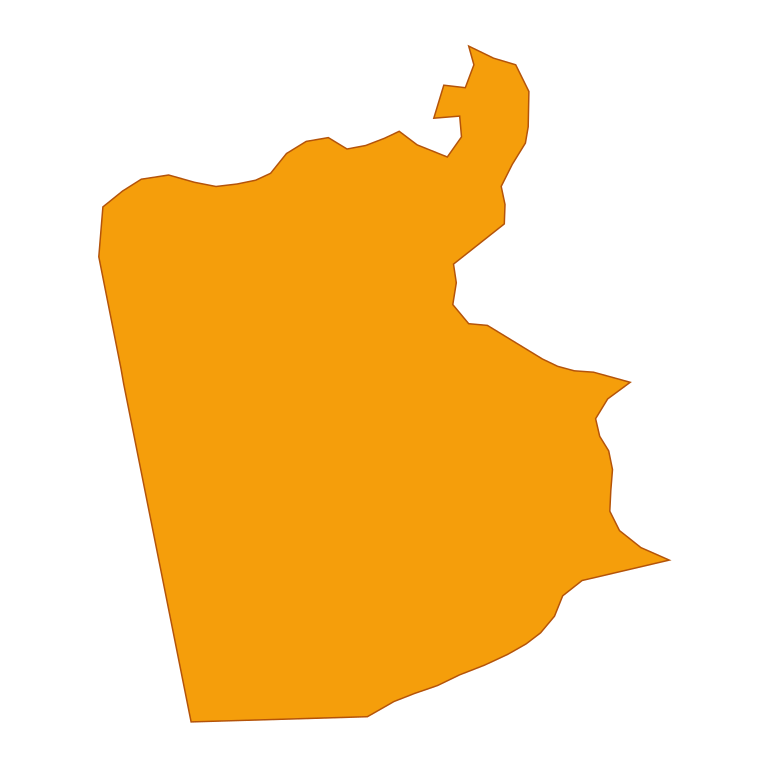 the district of Pacujá, Ceará, Brazil
{"feature_id": "56859067B42415660156267", "entity_name": "Pacujá", "entity_type": "district", "adm_level": 2, "iso_a3": "BRA", "parent_name": "Brazil", "parent_adm1": "Ceará", "projection": "orthographic", "projection_center": [-40.67, -3.999], "detail": "fine", "context": "isolated", "style": "filled", "palette": "amber", "viewbox_px": 768, "rotation_deg": 0, "n_neighbors": 0, "source": "geoboundaries", "source_scale": "gbopen_adm2", "svg_char_len": 975}
<svg xmlns="http://www.w3.org/2000/svg" viewBox="0 0 768 768"><path d="M468.7,46.1L473.9,64.8L465.3,87.7L443.8,85.2L433.8,118.2L459.7,116.1L461.5,136.9L447.3,157.0L417.2,144.9L399.2,131.3L384.4,138.3L365.7,145.5L347.0,149.0L328.3,137.6L306.2,141.4L286.5,153.5L270.6,173.3L255.7,180.2L237.1,184.0L216.0,186.5L194.5,182.3L168.6,175.0L141.3,179.2L122.6,191.0L102.9,206.9L98.8,256.8L120.9,368.1L123.7,384.0L191.1,721.9L367.4,716.7L394.0,701.5L414.4,693.5L437.6,685.5L459.7,674.8L484.6,665.1L507.8,654.3L526.1,643.9L540.6,632.8L554.5,616.2L562.7,595.8L582.1,580.5L669.2,560.1L640.9,547.6L619.5,530.6L609.8,511.2L610.8,490.7L612.5,469.6L608.7,450.9L599.7,436.3L595.6,418.7L607.7,398.9L630.2,382.3L593.5,372.2L574.2,370.8L557.6,366.3L542.4,359.0L487.4,325.4L468.7,323.7L452.8,304.6L456.3,282.8L453.5,264.1L504.3,223.9L505.0,204.5L501.2,186.4L512.3,164.3L525.4,143.1L528.2,126.8L528.9,91.5L515.7,64.8L493.6,58.2L468.7,46.1Z" fill="#f59e0b" stroke="#b45309" stroke-width="1.5"/></svg>